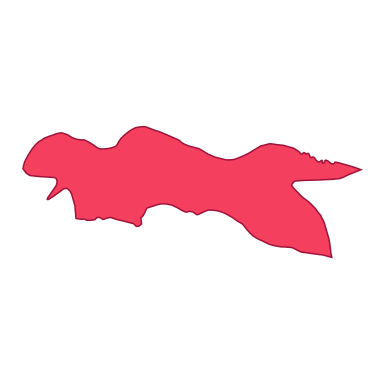 Nhommalath, Khammouan, Laos (Mercator projection)
{"feature_id": "54806243B45246983413139", "entity_name": "Nhommalath", "entity_type": "district", "adm_level": 2, "iso_a3": "LAO", "parent_name": "Laos", "parent_adm1": "Khammouan", "projection": "mercator", "projection_center": [105.307, 17.543], "detail": "fine", "context": "isolated", "style": "filled", "palette": "rose", "viewbox_px": 384, "rotation_deg": 0, "n_neighbors": 0, "source": "geoboundaries", "source_scale": "gbopen_adm2", "svg_char_len": 4494}
<svg xmlns="http://www.w3.org/2000/svg" viewBox="0 0 384 384"><path d="M361.0,169.7L352.8,166.8L346.0,164.8L338.2,162.7L337.7,162.8L337.3,162.5L335.4,162.1L334.8,162.3L334.3,163.3L333.4,164.1L331.3,163.6L327.6,160.8L326.2,160.2L325.3,160.3L324.7,161.2L324.6,161.7L324.5,162.1L324.3,162.6L324.1,163.0L323.8,163.1L323.1,163.3L322.6,163.3L322.4,162.9L322.4,162.1L322.4,161.6L322.2,160.7L322.0,160.4L321.5,160.3L321.1,160.6L320.8,161.0L320.2,161.5L319.5,161.9L318.7,161.8L318.4,161.8L317.7,161.4L316.5,160.6L315.9,160.2L315.6,159.6L315.6,159.2L315.0,158.5L314.4,157.7L314.1,157.5L313.7,157.4L313.1,157.0L312.3,157.0L311.8,157.3L311.4,157.5L310.8,157.5L310.3,157.2L309.9,156.4L309.6,155.5L309.1,154.4L308.6,153.8L308.3,153.5L307.8,153.5L307.1,153.5L306.3,154.0L306.0,154.0L305.4,153.7L305.1,153.2L304.9,153.0L304.6,152.8L304.2,152.6L303.7,152.6L303.4,152.8L303.1,153.2L303.0,153.3L302.9,153.6L302.5,154.1L302.2,154.1L301.8,154.0L301.0,153.8L300.3,153.2L299.1,151.9L298.8,151.5L296.9,150.2L296.7,150.2L295.6,149.5L294.3,148.5L292.5,147.8L288.8,146.9L284.9,145.7L284.0,145.4L277.4,144.7L272.7,144.0L271.0,143.8L270.0,143.8L268.8,143.9L267.4,144.3L265.1,144.9L263.6,145.3L262.5,145.6L261.7,145.7L261.1,145.8L260.8,145.9L249.1,153.0L244.3,155.4L238.3,158.0L237.0,158.5L234.4,159.3L233.5,159.5L232.2,159.7L230.9,159.8L228.7,159.9L227.2,159.9L226.1,159.8L224.5,159.5L215.3,157.2L208.4,154.3L201.5,150.1L200.6,149.5L199.7,149.0L198.9,148.6L198.4,148.5L190.8,146.5L189.3,146.1L187.6,145.5L184.1,144.0L182.4,143.0L181.3,142.3L180.2,141.2L179.4,140.6L178.9,140.1L170.0,136.2L160.5,132.1L153.8,129.9L149.3,128.2L147.6,127.5L146.0,127.0L144.4,126.6L143.7,126.6L142.7,126.7L140.5,126.9L138.9,127.1L138.0,127.2L137.1,127.3L135.6,127.7L133.7,128.6L132.2,129.4L130.0,130.7L127.3,132.7L125.5,134.3L123.8,135.6L122.5,137.0L120.9,138.4L120.2,139.7L119.8,140.0L118.9,141.5L118.4,142.3L118.0,143.0L117.4,144.2L116.8,145.1L116.3,145.8L115.4,146.4L113.7,147.1L112.0,147.7L110.2,148.2L107.1,148.6L106.0,148.8L102.6,149.0L100.0,148.8L98.7,148.4L97.6,147.9L96.6,147.3L93.5,145.0L87.7,141.5L84.3,139.9L80.5,139.8L77.1,139.3L75.3,138.8L72.2,137.6L69.9,136.2L68.2,135.1L66.1,134.2L63.6,133.4L61.6,132.9L60.3,132.9L58.7,133.2L56.6,133.7L55.3,134.1L53.6,134.8L51.0,135.7L48.4,136.5L46.4,137.4L44.6,138.0L41.7,140.0L38.9,141.6L35.5,144.7L31.7,149.5L27.9,155.5L26.7,157.9L25.7,159.7L24.4,162.4L24.0,164.3L23.6,165.4L23.4,166.6L23.0,168.8L24.2,170.4L25.5,172.2L26.6,173.4L27.6,174.1L29.0,175.0L30.4,175.6L31.4,175.7L32.9,175.9L40.1,176.6L48.9,177.1L53.6,177.5L54.9,177.7L55.9,178.3L56.2,178.9L56.6,179.6L57.0,180.6L57.1,181.4L57.0,182.1L56.8,183.6L56.5,184.7L55.8,186.2L47.7,197.8L47.4,198.4L47.3,198.9L47.3,199.4L47.6,199.5L47.9,199.5L48.6,199.4L53.3,196.4L59.7,191.8L62.1,190.0L63.2,189.2L63.9,188.9L64.6,188.7L65.4,188.5L66.0,188.5L66.7,188.5L67.5,188.7L68.2,189.3L68.7,189.9L69.9,190.9L70.6,192.3L71.6,194.1L74.9,205.6L75.4,211.6L75.6,214.1L76.0,218.5L81.1,219.3L84.3,219.0L86.6,220.3L90.3,220.3L94.9,219.7L96.8,217.6L99.7,217.4L103.0,219.5L105.6,218.6L107.5,218.0L109.1,217.7L110.6,217.4L116.7,219.5L121.9,220.7L133.6,223.7L136.3,226.4L138.8,226.2L141.6,223.9L140.9,218.0L143.2,215.6L145.1,211.9L146.8,208.1L152.3,206.4L157.7,204.6L161.3,203.9L166.3,203.9L172.1,205.2L176.9,207.5L182.4,210.7L186.1,212.2L189.7,211.3L193.0,212.0L196.8,214.7L198.1,214.5L198.9,214.2L200.1,213.6L202.2,212.7L203.8,211.8L205.3,211.2L206.3,210.8L208.0,210.2L209.7,210.0L210.6,210.1L213.1,210.2L216.2,210.6L219.1,211.2L221.9,212.1L225.5,213.6L231.8,217.1L237.6,221.2L241.8,223.6L242.9,224.5L243.6,225.3L245.0,227.2L247.5,230.2L249.3,232.3L251.6,234.5L252.7,235.7L254.7,237.0L258.1,239.0L261.1,240.4L264.1,241.8L268.2,243.8L270.0,244.5L272.1,245.1L275.1,245.8L277.5,246.3L281.3,246.9L284.1,246.9L287.0,247.2L288.0,247.2L289.0,247.3L290.0,247.4L290.7,247.4L291.6,247.6L292.8,247.9L294.8,248.9L299.7,251.4L301.4,252.0L303.1,252.4L304.5,252.5L306.8,252.8L309.1,253.2L316.9,254.2L319.5,254.6L322.7,254.9L327.0,256.1L331.8,257.4L330.9,253.1L330.7,251.3L330.5,249.3L329.4,241.4L328.8,238.4L327.9,235.5L327.2,233.0L324.5,223.6L323.6,221.2L321.6,217.5L320.9,215.6L317.8,212.0L315.4,208.5L311.1,204.2L308.6,201.8L302.3,197.1L293.2,187.7L292.2,186.3L291.8,185.6L291.8,185.0L292.0,184.3L292.2,183.8L292.9,182.9L294.7,181.2L295.4,181.0L304.0,180.4L318.1,180.0L330.9,179.4L333.4,179.3L335.3,179.0L337.2,178.8L338.7,178.7L339.4,178.6L340.7,178.2L344.0,177.0L345.5,176.1L347.2,175.3L353.2,172.8L361.0,169.7Z" fill="#f43f5e" stroke="#9f1239" stroke-width="1.5"/></svg>